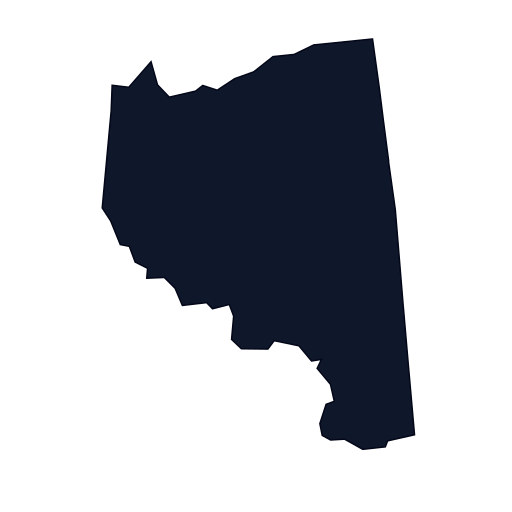 outline of Patrick, Virginia, United States of America, rotated 262°
{"feature_id": "52423323B55651194220795", "entity_name": "Patrick", "entity_type": "district", "adm_level": 2, "iso_a3": "USA", "parent_name": "United States of America", "parent_adm1": "Virginia", "projection": "natural_earth1", "projection_center": [-80.328, 36.707], "detail": "fine", "context": "isolated", "style": "filled", "palette": "ink", "viewbox_px": 512, "rotation_deg": 262, "n_neighbors": 0, "source": "geoboundaries", "source_scale": "gbopen_adm2", "svg_char_len": 870}
<svg xmlns="http://www.w3.org/2000/svg" viewBox="0 0 512 512"><g transform="rotate(262 256 256)"><path d="M325.0,110.4L310.9,117.0L286.2,123.2L283.2,131.9L266.8,135.5L258.9,146.9L249.2,144.7L247.5,162.2L235.3,171.4L217.3,176.2L216.7,200.6L209.8,205.6L211.7,222.8L199.6,225.5L176.8,220.2L166.2,228.6L162.2,254.8L169.6,262.2L161.1,286.0L144.3,296.4L144.5,306.4L136.2,300.9L118.5,311.9L101.2,313.3L99.4,304.8L81.1,295.9L69.1,296.6L63.4,304.3L62.3,318.2L49.7,334.8L49.0,357.5L54.6,360.6L56.9,388.1L128.9,391.8L179.3,394.5L184.7,394.8L185.4,394.8L282.5,400.4L330.2,400.4L332.2,400.6L370.5,401.0L372.0,401.0L405.8,401.5L454.7,401.6L457.0,342.6L450.3,321.8L451.1,300.6L438.7,279.4L434.6,259.6L425.6,240.7L432.3,227.0L427.7,219.1L425.4,192.2L439.2,182.3L463.0,179.1L440.8,153.5L445.1,137.3L420.0,132.8L325.0,110.4Z" fill="#0f172a" stroke="#020617" stroke-width="1.5"/></g></svg>